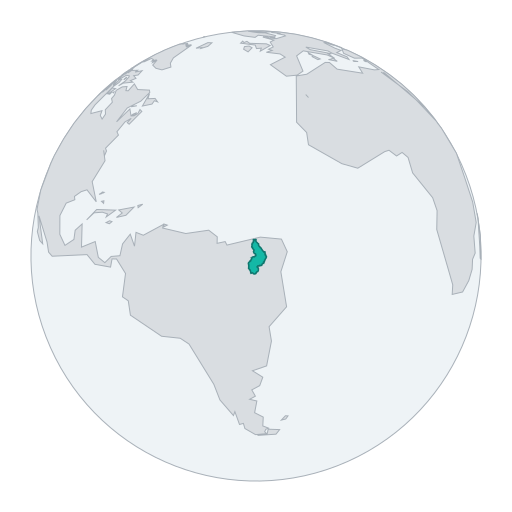 globe centered on Piauí, rotated 336°
{"feature_id": "BRA-622", "entity_name": "Piauí", "entity_type": "State", "adm_level": 1, "iso_a3": "BRA", "parent_name": "Brazil", "parent_adm1": "", "projection": "orthographic", "projection_center": [-42.942, -6.821], "detail": "fine", "context": "on_globe", "style": "filled", "palette": "teal", "viewbox_px": 512, "rotation_deg": 336, "n_neighbors": 0, "source": "natural_earth", "source_scale": "10m", "svg_char_len": 11104}
<svg xmlns="http://www.w3.org/2000/svg" viewBox="0 0 512 512"><g transform="rotate(336 256 256)"><circle cx="256" cy="256" r="225" fill="#eef3f6" stroke="#a8b0b8"/><path d="M178.2,44.6L176.9,45.3L181.5,43.6L182.9,43.8L188.8,42.1L186.4,43.5L193.2,41.1L194.3,40.3L197.7,39.1L201.2,38.3L198.8,39.6L196.6,40.2L197.7,40.2L195.0,41.3L198.3,40.3L194.9,42.4L203.6,39.2L205.2,40.0L201.5,41.8L195.1,43.0L170.5,52.4L164.8,55.8L163.1,58.7L174.4,60.6L170.9,64.3L171.1,68.3L176.2,65.2L177.8,61.1L187.3,57.1L188.1,53.4L192.1,51.5L195.7,47.8L202.5,47.1L207.1,48.7L204.4,52.0L206.4,53.1L214.9,49.3L215.6,55.8L226.1,61.1L225.5,63.4L213.7,67.7L198.6,68.4L183.2,76.7L200.6,70.4L198.8,77.2L201.6,78.3L206.0,77.8L209.6,75.0L210.5,77.5L193.7,84.0L192.6,81.8L198.0,79.5L190.9,80.2L179.5,85.9L179.5,89.6L162.4,96.3L162.1,99.3L158.3,102.8L159.8,97.5L156.8,107.6L136.6,121.4L132.1,141.5L128.5,126.8L122.4,126.1L114.4,127.7L113.4,130.9L104.1,130.5L93.3,139.3L85.6,156.4L85.8,168.6L96.4,166.8L101.3,158.9L110.2,156.0L100.2,176.9L115.0,177.4L111.4,193.1L115.2,200.6L123.5,197.5L131.8,200.4L139.0,190.7L150.0,184.9L149.0,197.6L156.0,185.6L161.5,191.2L184.2,189.5L182.1,192.5L201.0,206.9L223.3,213.2L228.4,222.7L225.6,228.6L233.7,230.3L233.9,234.2L267.6,240.5L286.1,250.9L286.3,264.8L272.3,280.5L263.3,314.8L239.2,325.9L235.5,340.0L221.0,360.7L206.1,359.4L212.9,369.5L206.7,375.9L197.7,376.6L198.4,383.8L191.9,384.3L197.8,388.8L191.0,398.6L197.1,406.1L193.1,414.0L197.4,418.3L194.5,418.3L192.4,420.1L193.5,422.6L182.9,419.0L175.7,409.1L176.4,403.8L172.4,403.2L173.4,389.6L170.5,392.6L164.5,372.8L165.3,356.1L159.0,309.2L153.3,300.3L137.1,290.9L117.2,259.0L121.1,245.0L117.4,239.0L129.7,218.9L127.4,202.0L123.3,200.1L118.6,207.0L105.5,198.1L102.2,186.0L69.7,173.3L68.1,168.1L70.8,158.2L74.1,131.0L66.1,158.1L64.7,153.8L66.2,144.7L68.7,141.5L74.2,128.0L74.9,124.3L86.1,108.3L107.4,86.7L105.1,88.9L110.5,84.1L112.6,82.2L127.8,70.8L143.8,60.6L160.7,51.9L178.2,44.6ZM129.4,148.7L146.4,157.0L135.0,159.4L137.5,157.2L133.5,153.5L125.6,150.7L116.0,154.1L129.4,148.7ZM140.8,136.3L137.7,135.9L141.0,135.4L140.8,136.3ZM111.5,83.2L108.8,85.5L108.8,85.4L111.5,83.2ZM191.8,48.5L193.7,48.1L192.0,49.0L191.8,48.5ZM191.5,47.4L188.2,48.7L187.6,48.3L189.6,47.6L191.5,47.4ZM195.8,46.0L186.9,47.7L185.9,47.2L192.9,44.0L195.8,46.0ZM193.1,40.4L192.1,41.2L189.6,41.5L193.1,40.4ZM184.4,42.4L185.1,42.2L185.3,42.1L195.2,39.1L191.6,40.2L197.3,38.5L190.7,40.9L178.4,44.5L179.5,44.1L184.4,42.4ZM198.8,38.7L196.0,39.3L198.7,38.3L204.7,36.9L201.9,37.6L198.8,38.7ZM203.2,37.4L207.8,36.3L209.8,36.1L201.7,38.1L203.2,37.4ZM196.8,38.7L198.4,38.2L199.5,38.0L196.8,38.7ZM219.5,35.7L216.1,36.0L217.2,35.4L219.5,35.7ZM209.3,35.9L208.6,36.0L208.7,35.9L212.0,35.2L209.3,35.9ZM215.6,34.4L215.6,34.7L221.6,34.0L220.8,34.4L211.2,35.6L215.6,34.4ZM210.1,35.4L213.3,34.8L210.7,35.4L206.8,36.2L210.1,35.4ZM217.9,34.0L218.6,33.9L217.9,34.0ZM220.1,33.6L217.5,34.0L218.5,33.9L220.1,33.6ZM228.8,32.4L227.6,32.5L221.9,33.4L223.5,33.1L228.8,32.4ZM201.8,426.9L184.4,420.5L193.6,423.3L196.7,419.2L207.0,424.2L201.8,426.9ZM212.4,416.2L217.9,413.9L220.2,415.1L216.9,417.0L212.4,416.2ZM419.4,100.9L412.0,93.8L407.4,89.2L408.3,90.5L412.2,94.0L412.8,95.2L409.3,92.2L407.8,90.5L404.6,88.4L412.5,98.1L417.3,102.8L412.5,103.0L420.2,111.1L420.9,114.3L408.3,102.0L405.1,97.9L386.5,85.4L389.4,89.5L407.2,101.9L404.2,100.7L408.3,107.5L402.8,101.3L382.6,87.8L374.5,89.7L374.1,106.2L367.2,107.5L356.9,104.1L347.0,87.1L363.5,86.2L360.2,81.2L348.3,74.1L354.3,74.8L351.5,72.2L356.8,72.0L356.0,66.3L360.2,66.1L351.7,59.1L352.7,58.4L357.4,62.5L362.9,65.7L372.4,66.9L371.8,65.7L365.5,61.3L368.9,62.7L361.6,58.4L363.1,58.1L355.3,55.2L347.7,51.2L344.1,48.9L340.2,47.4L346.0,51.2L349.6,53.3L355.0,55.8L363.5,62.6L362.0,63.4L347.8,55.2L344.1,55.9L334.6,50.1L324.7,41.7L339.9,46.9L354.7,53.5L368.9,61.1L382.6,69.6L395.6,79.2L407.9,89.6L419.4,100.9ZM475.0,203.2L475.4,205.4L471.1,189.5L450.1,145.7L448.0,141.5L447.7,141.0L447.1,140.0L450.3,146.8L445.1,138.8L461.6,167.8L466.5,180.4L475.6,206.3L475.9,208.5L477.3,214.3L477.3,213.7L480.9,243.6L478.4,270.6L475.9,294.8L470.8,314.9L463.1,326.4L457.4,342.5L452.5,347.1L448.0,356.1L440.4,365.0L430.1,372.9L419.6,370.9L424.0,362.4L426.4,345.3L431.9,305.3L439.9,288.2L441.1,274.6L432.9,243.8L435.0,227.8L431.6,220.8L425.1,221.8L420.5,213.5L416.1,213.0L384.7,217.2L372.0,206.6L349.2,175.7L352.5,163.8L347.5,150.3L366.0,107.9L376.3,110.6L398.0,107.3L401.8,109.1L406.1,118.3L427.8,132.4L426.8,125.0L439.8,134.1L444.0,135.6L433.5,118.4L426.4,115.3L418.5,106.5L418.7,101.6L423.5,105.4L433.8,117.6L443.1,130.6L451.5,144.1L459.0,158.2L465.4,172.8L470.7,187.9L475.0,203.2ZM367.1,128.7L368.4,132.6L367.1,128.7ZM184.9,189.3L187.5,191.7L183.8,191.9L184.9,189.3ZM132.6,164.5L136.6,164.3L138.4,166.0L135.2,166.9L132.6,164.5ZM168.6,161.8L173.6,162.6L168.0,163.9L168.6,161.8ZM149.3,158.1L164.5,161.7L153.7,165.9L144.2,164.0L151.3,162.3L149.3,158.1ZM137.1,143.2L139.5,143.7L138.2,145.9L137.1,143.2ZM143.2,136.1L142.1,136.3L141.3,134.8L143.2,136.1ZM199.8,76.8L201.2,76.4L205.3,76.5L202.6,77.7L199.8,76.8ZM227.9,71.0L228.8,75.2L226.3,72.8L222.8,74.9L213.2,72.8L224.7,64.4L221.2,68.4L227.9,71.0ZM203.5,68.7L208.3,70.3L202.6,68.9L203.5,68.7ZM330.6,60.0L335.1,61.4L337.1,64.2L331.8,66.3L328.8,62.1L330.6,60.0ZM341.1,63.0L328.5,55.3L331.3,54.3L331.8,56.1L335.0,56.2L336.7,59.1L351.8,66.4L354.6,69.5L343.2,70.6L345.4,68.3L340.8,66.7L341.1,63.0ZM291.1,43.5L285.7,41.8L298.8,41.5L302.4,43.3L297.3,44.9L290.1,44.0L291.1,43.5ZM209.9,40.7L206.9,41.3L207.6,40.8L210.7,39.9L209.9,40.7ZM217.8,35.9L223.4,38.2L220.3,38.8L227.3,40.4L221.9,42.7L217.6,41.5L218.6,44.9L212.6,44.7L214.2,47.1L205.1,44.1L199.7,44.6L207.8,43.0L212.9,40.7L213.5,39.9L211.1,38.2L201.9,39.0L205.5,37.4L210.5,36.2L213.2,35.7L210.0,36.7L216.0,35.5L213.5,36.7L217.8,35.9ZM266.3,31.0L261.9,30.8L273.4,31.4L271.0,31.4L272.5,31.5L273.3,31.8L277.0,32.6L274.9,32.6L277.2,33.0L277.9,33.4L280.4,34.0L277.5,34.5L280.3,35.4L277.3,35.2L283.0,36.7L277.5,35.8L277.7,36.8L282.9,37.1L261.1,41.4L256.2,45.0L255.1,48.8L245.8,47.7L240.9,43.8L239.3,39.6L245.3,36.8L240.0,37.2L241.4,36.1L245.0,36.3L240.2,35.5L242.2,34.7L240.8,33.0L232.6,33.1L231.9,32.8L236.1,32.4L232.4,32.4L240.0,31.6L239.6,31.5L246.7,30.9L255.1,30.8L254.1,30.7L256.8,30.7L266.3,31.0ZM246.1,30.9L246.6,30.9L232.7,32.1L232.0,32.3L223.1,33.7L217.7,34.2L220.8,33.7L222.4,33.3L223.5,33.3L223.9,33.1L228.0,32.5L229.5,32.3L232.6,32.0L232.4,32.0L246.1,30.9ZM402.1,106.0L404.3,106.6L406.8,106.6L409.4,111.2L402.1,106.0ZM388.4,96.7L389.8,96.3L394.8,102.1L392.4,101.8L388.4,96.7ZM386.4,91.5L389.5,95.8L386.5,93.3L386.4,91.5ZM358.3,62.2L359.3,61.8L361.0,62.9L362.4,64.4L358.3,62.2ZM299.0,34.9L297.1,34.5L296.8,34.4L299.0,34.9ZM434.7,120.9L435.9,123.7L434.2,121.8L434.1,121.1L434.7,120.9ZM423.9,116.8L428.4,119.9L424.6,118.1L423.9,116.8ZM469.4,328.3L460.3,350.3L459.9,349.2L464.3,338.4L472.1,317.3L474.0,312.7L475.4,307.0L469.4,328.3Z" fill="#d9dde1" stroke="#a8b0b8" stroke-width="1"/><path d="M260.3,240.1L260.5,240.0L261.0,240.4L261.0,240.5L260.9,240.4L261.0,240.5L260.9,240.5L261.0,240.5L261.6,240.6L261.8,240.6L261.9,240.8L261.9,240.7L262.0,240.6L262.3,240.7L262.3,240.8L262.5,240.9L262.7,241.0L262.6,241.3L262.1,242.1L261.9,242.3L261.9,242.6L262.1,243.3L262.2,243.6L262.2,243.8L262.5,244.2L262.6,244.7L262.7,245.1L262.9,245.4L263.1,245.6L263.2,245.9L263.3,246.2L263.1,246.5L262.8,246.8L262.7,247.0L262.7,247.3L262.7,247.5L262.7,247.8L262.9,248.1L262.9,248.6L263.1,248.9L263.1,249.1L263.3,249.4L263.4,249.5L263.3,249.9L263.3,250.1L263.5,250.3L263.8,250.5L263.8,250.8L263.9,251.3L263.9,251.7L264.0,251.9L264.0,252.4L264.1,252.6L264.0,252.8L264.4,253.9L264.4,254.1L264.4,254.3L264.5,254.7L264.7,255.0L264.7,255.4L264.8,255.4L264.9,255.5L265.1,255.6L265.7,255.7L265.8,255.9L265.9,256.0L265.8,256.3L265.5,256.7L265.2,257.5L265.4,258.0L265.4,258.3L264.9,258.3L264.8,258.6L265.0,259.1L265.0,259.3L264.9,259.5L264.9,259.8L265.2,259.9L265.3,260.0L265.4,260.3L265.3,260.8L265.2,261.1L264.8,261.5L264.5,261.6L264.4,261.8L264.2,262.1L263.9,262.3L263.6,262.3L263.3,262.5L263.2,262.7L262.9,262.8L262.8,263.1L262.7,263.1L262.5,263.3L262.1,263.4L262.0,263.8L261.7,264.0L261.6,264.3L261.4,264.5L261.2,264.4L260.9,264.5L260.7,264.5L260.7,264.8L260.7,265.1L260.4,265.3L260.3,265.5L260.2,265.6L260.1,265.4L259.8,265.4L259.7,265.4L259.4,265.4L259.2,265.7L258.6,265.8L258.4,265.8L258.2,266.0L257.8,266.4L257.8,266.5L257.4,266.5L257.2,266.8L257.0,266.7L256.8,266.6L256.5,266.6L256.4,266.7L256.0,266.6L256.1,266.4L255.8,266.3L255.7,266.3L255.6,266.1L255.3,266.0L255.1,266.1L254.9,266.2L254.6,266.2L254.5,266.3L254.4,266.2L254.2,265.9L253.9,265.8L253.8,266.0L253.6,266.0L253.4,265.9L253.2,266.0L253.1,266.3L252.8,266.3L252.6,266.3L252.5,266.5L252.8,266.8L252.9,267.2L252.9,267.5L253.1,267.6L253.1,267.9L253.0,268.3L253.1,268.5L252.9,268.9L252.8,269.2L252.7,269.3L252.5,269.7L252.4,269.9L252.3,270.0L252.2,270.2L252.1,270.3L251.5,270.8L251.4,270.9L251.1,271.0L250.7,270.9L250.3,270.8L250.1,270.9L249.8,271.0L249.7,271.1L249.4,271.4L249.0,271.5L248.9,271.9L248.7,272.0L248.3,271.9L248.1,271.9L247.9,272.0L247.5,271.9L247.3,271.7L247.1,271.7L246.8,271.6L246.6,271.2L246.3,270.9L246.2,270.5L246.2,270.3L246.1,270.1L245.7,269.8L244.9,269.8L244.4,269.8L244.4,269.6L244.4,269.4L244.3,269.2L244.6,268.9L244.6,268.6L244.7,268.4L244.7,268.1L244.7,267.9L244.7,267.7L244.8,267.6L244.8,266.7L244.9,266.4L244.9,266.2L244.7,266.0L244.5,265.9L244.5,265.4L244.4,265.2L244.4,264.8L244.4,264.7L244.2,264.3L244.3,264.1L244.3,263.9L244.5,263.7L244.8,263.4L244.9,263.2L245.0,263.1L245.1,262.9L245.1,262.7L245.1,262.4L245.3,262.1L245.4,261.9L245.4,261.7L245.6,261.5L245.7,261.4L245.8,260.8L245.9,260.7L245.8,260.3L245.9,260.2L246.0,259.8L246.1,259.5L246.1,259.4L246.3,259.3L246.6,259.1L246.8,258.9L247.3,258.8L247.6,258.7L247.9,258.6L248.3,258.5L248.4,258.3L248.5,258.4L248.7,258.2L248.8,258.2L249.1,258.3L249.3,258.0L249.4,257.9L249.5,257.9L249.6,257.7L249.8,257.6L249.9,257.4L250.1,257.3L250.3,257.2L250.6,257.1L250.9,256.7L251.0,256.7L251.2,256.4L251.3,256.2L251.5,256.1L251.4,256.0L251.5,256.0L251.7,255.8L251.9,255.8L252.0,255.7L252.1,255.8L252.5,255.6L253.1,255.5L253.3,255.6L253.2,255.6L253.5,255.7L253.6,255.8L253.8,255.9L253.9,256.1L254.0,256.1L254.3,255.9L254.7,255.9L254.9,255.8L255.0,255.7L255.2,255.8L255.5,255.8L255.8,255.8L256.1,255.5L256.1,255.4L256.1,255.2L256.3,254.8L256.3,254.7L256.3,254.3L256.4,254.2L256.4,253.8L256.3,253.7L256.1,253.7L255.9,253.5L255.8,253.3L255.6,253.2L255.5,252.8L255.4,252.6L255.4,252.4L255.4,252.2L255.4,251.9L255.4,251.6L255.4,251.3L255.4,251.2L255.6,251.2L255.9,250.7L256.0,250.6L256.1,250.4L256.4,250.2L256.4,249.7L256.6,249.6L256.4,249.2L256.3,248.7L256.2,248.5L256.1,248.2L256.1,247.8L256.0,247.6L256.1,247.4L256.3,247.1L256.3,246.9L256.2,246.5L256.1,246.4L255.9,246.4L255.9,246.2L255.8,245.9L256.0,245.6L256.3,245.2L256.6,244.8L256.7,244.7L256.8,244.6L256.9,244.3L257.1,244.1L257.1,243.8L257.0,243.7L257.2,243.4L257.5,243.1L257.7,242.8L257.8,242.8L258.0,242.8L258.7,242.7L258.8,242.7L259.0,242.6L259.3,242.2L259.2,242.0L259.7,241.9L259.8,241.7L260.0,241.4L260.3,241.1L260.4,240.9L260.4,240.7L260.2,240.4L260.3,240.4L260.3,240.1Z" fill="#14b8a6" stroke="#0f766e" stroke-width="1.5"/></g></svg>